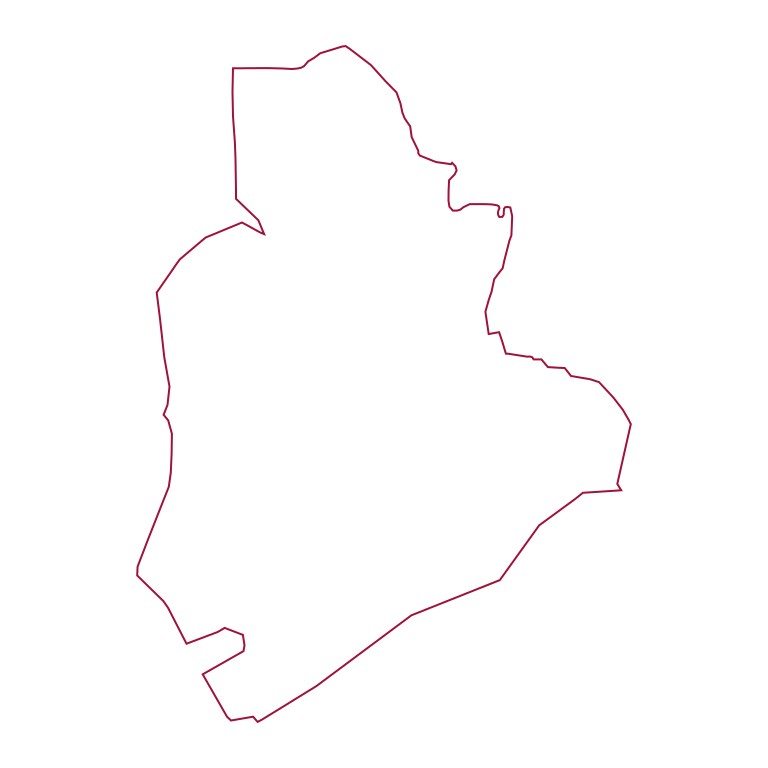 Sennar, Sennar, Sudan
{"feature_id": "16777658B61797456915649", "entity_name": "Sennar", "entity_type": "district", "adm_level": 2, "iso_a3": "SDN", "parent_name": "Sudan", "parent_adm1": "Sennar", "projection": "orthographic", "projection_center": [33.259, 13.557], "detail": "fine", "context": "isolated", "style": "outline", "palette": "rose", "viewbox_px": 768, "rotation_deg": 0, "n_neighbors": 0, "source": "geoboundaries", "source_scale": "gbopen_adm2", "svg_char_len": 2207}
<svg xmlns="http://www.w3.org/2000/svg" viewBox="0 0 768 768"><path d="M539.2,525.3L574.6,499.4L582.9,492.8L621.2,490.3L617.3,483.9L630.8,424.1L629.0,420.5L622.9,409.9L613.5,397.7L599.0,382.1L590.0,379.2L571.0,376.0L564.8,368.1L564.7,368.0L559.3,367.8L547.9,367.1L541.4,359.4L533.6,359.4L532.3,357.3L530.1,356.5L527.4,356.7L508.0,353.7L505.9,353.7L502.3,341.7L499.1,332.2L488.7,334.0L485.4,311.7L488.7,300.1L491.5,291.9L494.2,279.2L500.0,271.5L502.6,268.4L504.3,260.6L509.4,240.7L511.4,235.4L512.2,216.2L510.3,207.5L507.3,206.9L505.1,207.3L504.0,208.8L503.8,211.8L503.7,214.7L502.4,216.8L499.4,217.0L498.3,215.3L497.9,213.1L498.4,210.4L499.4,208.3L498.9,206.3L497.1,205.3L491.7,204.4L487.0,204.2L481.4,204.1L469.8,204.1L463.4,207.2L460.4,209.6L457.1,210.6L452.8,210.6L449.4,206.7L448.5,200.6L448.6,190.4L449.1,180.1L454.7,174.4L456.6,170.4L455.4,166.3L452.1,162.8L450.9,164.2L445.7,163.4L436.4,162.1L433.3,161.0L430.4,159.8L419.9,155.6L418.3,153.4L418.3,150.8L416.4,146.9L411.7,137.2L410.2,126.4L407.2,122.1L404.7,118.4L402.4,112.6L400.4,103.2L396.5,92.4L385.3,81.0L373.8,68.2L370.7,64.9L350.1,49.1L345.7,46.1L342.2,46.5L333.5,49.2L325.0,51.8L320.3,53.2L314.2,57.8L308.1,61.4L304.2,66.0L301.0,67.8L296.8,68.6L291.9,69.0L282.9,68.5L267.7,68.1L233.0,68.3L232.5,91.8L233.0,116.3L234.9,142.6L235.5,159.0L236.0,190.7L236.0,198.8L258.4,220.3L264.1,234.1L260.7,232.7L259.7,232.2L256.8,230.6L254.8,229.5L247.2,225.3L246.9,225.1L245.1,224.2L242.0,222.5L238.1,224.1L236.3,224.9L235.7,225.1L228.2,228.2L215.7,233.4L210.3,235.6L205.7,237.5L203.2,239.6L202.4,240.2L199.4,242.8L196.4,245.3L189.2,251.4L185.3,254.7L179.7,259.5L176.9,263.4L174.6,266.7L170.7,272.4L163.4,282.9L157.7,291.1L156.7,292.5L160.0,318.7L161.9,335.8L164.1,355.6L164.5,358.6L165.5,364.1L169.5,386.6L167.5,404.9L163.6,414.8L168.2,420.4L171.9,433.7L171.6,454.5L171.2,463.0L170.8,472.5L168.8,486.8L161.0,506.5L148.0,539.5L137.6,566.6L137.4,570.3L137.2,575.5L155.0,592.9L163.4,601.1L168.0,607.7L186.5,643.7L217.7,632.0L224.6,627.9L242.9,634.9L244.5,645.5L243.5,651.1L202.7,674.3L227.0,716.7L231.0,720.5L253.1,716.7L257.6,721.9L262.0,719.6L296.1,698.6L316.5,686.0L411.4,615.3L499.8,580.1L539.2,525.3Z" fill="none" stroke="#9f1239" stroke-width="2"/></svg>